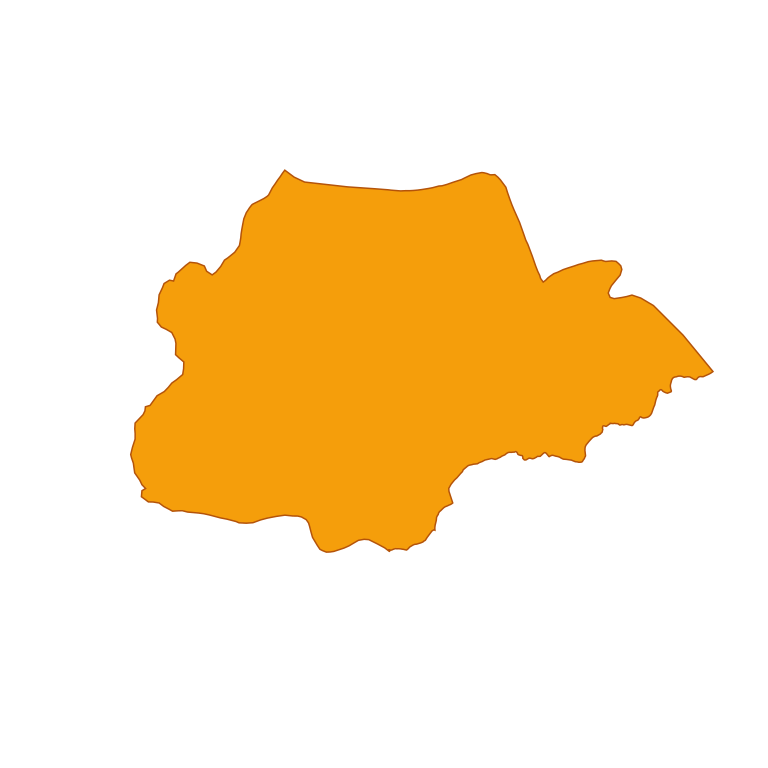 the district of Khoune, Xiangkhoang, Laos, rotated 314°
{"feature_id": "54806243B13600000049447", "entity_name": "Khoune", "entity_type": "district", "adm_level": 2, "iso_a3": "LAO", "parent_name": "Laos", "parent_adm1": "Xiangkhoang", "projection": "natural_earth1", "projection_center": [103.534, 19.269], "detail": "fine", "context": "isolated", "style": "filled", "palette": "amber", "viewbox_px": 768, "rotation_deg": 314, "n_neighbors": 0, "source": "geoboundaries", "source_scale": "gbopen_adm2", "svg_char_len": 6147}
<svg xmlns="http://www.w3.org/2000/svg" viewBox="0 0 768 768"><g transform="rotate(314 384 384)"><path d="M420.9,164.5L419.6,164.6L417.1,164.9L414.6,165.4L411.7,165.9L405.5,168.4L400.4,171.7L396.5,174.3L392.8,176.9L389.7,179.4L386.1,181.9L383.2,183.8L375.1,185.1L366.0,184.0L362.3,183.2L355.1,184.9L347.8,185.4L343.1,184.6L341.9,178.1L344.1,172.8L341.1,165.5L336.7,159.8L331.6,159.0L327.2,158.7L321.4,158.3L318.8,157.9L311.9,161.1L309.7,157.6L303.5,156.0L299.5,157.7L291.9,160.3L285.8,165.2L279.2,169.0L273.8,175.6L271.0,178.0L270.3,184.2L272.1,189.5L273.6,195.6L271.2,202.5L268.6,206.2L260.3,213.7L260.4,218.6L260.8,224.7L255.7,229.3L251.0,232.6L243.0,231.8L237.2,230.7L231.7,231.2L225.9,231.2L217.9,228.9L206.1,230.6L201.9,228.2L198.6,230.7L194.6,232.0L183.0,232.1L178.7,235.8L175.4,239.5L171.4,243.3L163.8,247.0L157.3,250.8L155.5,253.7L153.0,258.6L146.9,266.4L145.2,275.0L143.4,279.9L143.2,285.1L139.1,284.0L134.4,287.8L135.5,296.4L138.8,300.0L142.2,304.9L142.9,310.6L144.7,316.7L145.6,320.2L150.2,324.4L152.8,327.0L155.4,331.6L162.5,340.4L165.5,344.5L168.4,349.2L174.1,359.4L177.8,365.1L182.3,373.1L183.4,376.1L188.2,381.6L193.2,386.1L200.6,389.7L206.4,393.2L210.0,395.7L214.1,398.6L220.8,403.8L225.8,410.2L229.0,413.6L231.0,416.9L232.4,422.3L231.6,426.3L230.0,429.2L226.9,434.2L224.0,439.2L223.0,442.9L221.6,448.1L220.6,452.7L221.4,455.4L223.0,459.3L225.7,461.9L228.7,464.2L238.2,469.2L243.4,471.3L248.9,472.8L253.8,474.2L258.5,477.6L261.5,481.2L264.4,490.4L266.6,498.2L267.3,504.1L267.5,504.2L267.7,503.9L267.8,503.4L267.9,502.8L268.1,502.6L268.3,502.7L268.8,503.5L269.0,504.2L270.0,504.9L271.3,505.4L272.5,506.0L273.6,506.7L274.1,507.4L275.6,508.9L276.8,510.3L277.6,511.5L278.7,513.0L279.3,514.1L280.2,515.5L280.9,515.7L281.5,515.8L283.0,515.8L284.4,515.7L286.0,516.1L288.2,516.7L289.9,517.4L291.6,518.8L293.6,519.9L295.0,520.7L296.6,521.4L297.7,521.8L298.6,521.8L300.3,522.3L303.6,521.6L308.3,521.0L311.7,520.6L313.8,521.2L314.2,522.2L314.3,522.1L315.8,520.5L317.9,518.9L322.3,516.3L324.5,514.5L325.8,514.0L327.9,513.6L329.1,512.9L330.6,512.6L332.6,512.8L333.6,512.8L336.5,512.9L338.3,513.3L340.2,514.2L342.1,514.9L343.4,515.5L344.8,515.9L346.2,516.1L349.7,509.4L351.9,505.3L353.9,503.1L358.4,501.9L363.9,501.4L367.2,501.6L372.6,501.3L375.4,501.3L377.2,500.6L378.8,500.7L381.6,501.0L383.1,501.1L384.6,501.6L387.1,503.3L388.4,504.0L389.9,505.3L391.5,506.6L391.8,506.7L393.5,507.1L396.7,508.6L397.2,508.7L398.7,509.2L399.6,509.5L400.3,510.0L402.0,511.1L403.8,512.3L404.4,512.6L405.0,513.1L405.4,513.6L407.0,516.3L408.0,516.9L409.0,517.4L409.9,517.6L411.3,518.2L412.3,518.6L413.5,518.8L414.5,519.1L416.1,519.8L417.2,520.2L418.5,520.3L419.6,520.5L420.7,520.8L421.8,521.5L422.6,522.3L423.3,523.1L424.6,524.1L425.4,525.0L426.8,525.6L427.0,526.0L427.2,527.1L427.0,527.8L426.5,528.9L426.5,529.7L427.4,531.6L428.5,533.2L428.2,534.1L427.6,534.9L427.0,535.4L426.9,536.7L426.9,537.7L427.5,538.4L428.0,538.8L428.3,539.0L430.0,539.4L431.5,539.9L432.3,540.9L433.2,542.6L434.4,543.5L437.0,544.4L438.6,544.7L439.5,545.7L440.5,546.6L442.1,546.7L444.9,546.8L446.1,547.1L446.8,548.0L446.8,549.5L446.4,553.0L446.5,553.3L447.8,553.6L449.5,554.4L450.3,555.5L451.3,557.5L452.6,559.5L453.4,561.2L453.7,562.7L454.2,564.4L454.6,565.3L456.5,567.6L459.5,571.8L459.8,572.7L461.0,575.6L462.1,577.0L463.1,578.6L464.7,580.1L465.9,580.6L468.0,580.1L469.3,580.0L470.1,579.7L470.9,579.3L471.9,579.1L472.5,578.7L476.1,574.3L476.5,574.1L477.2,573.4L478.6,572.4L480.0,571.9L480.8,571.7L485.2,571.3L489.4,571.2L490.8,571.3L492.3,571.8L493.4,572.3L494.4,573.2L498.4,574.4L499.2,574.3L500.3,574.4L500.8,574.4L501.0,574.3L503.4,572.9L504.0,571.7L504.7,571.4L504.9,571.1L505.4,570.8L506.0,570.7L506.6,571.1L507.0,571.7L507.4,572.6L507.8,573.2L508.3,573.4L509.9,573.7L511.0,573.8L512.2,574.2L512.5,574.2L512.9,574.0L513.9,575.4L514.7,576.3L516.0,577.3L516.5,578.2L517.5,579.3L518.0,580.2L518.1,581.3L518.3,582.2L519.1,582.7L520.0,583.2L520.7,583.9L521.2,584.9L522.6,585.8L523.6,586.6L524.5,588.1L525.3,589.5L526.0,590.7L526.4,591.3L527.0,591.5L527.9,591.5L529.5,591.0L530.6,590.9L531.2,590.8L532.4,590.9L533.8,591.5L535.0,591.8L535.8,591.6L536.5,591.5L537.1,591.2L537.9,591.1L538.1,591.2L538.5,591.2L538.8,591.8L539.0,593.0L540.0,594.5L541.2,595.4L542.6,596.3L543.8,596.9L545.4,597.2L547.0,597.2L548.9,596.8L555.0,594.0L557.0,593.3L557.6,592.9L561.5,590.6L564.3,589.3L564.7,589.3L564.9,589.2L566.1,588.6L566.7,588.1L568.1,586.7L568.7,586.5L569.9,586.7L571.6,586.7L572.3,587.1L572.6,587.8L572.6,588.6L572.5,589.4L572.8,590.9L573.5,592.9L574.3,594.3L577.8,595.9L578.6,595.6L579.9,593.3L581.5,591.3L583.0,590.2L585.3,589.0L586.6,588.2L587.8,587.9L588.1,587.7L588.9,587.7L589.3,587.8L590.2,587.9L591.1,588.4L592.3,589.3L594.0,590.2L595.5,591.6L596.6,593.3L597.3,595.2L597.4,595.3L598.7,596.2L600.2,597.4L601.5,599.0L601.9,600.4L602.6,603.0L603.0,604.3L603.9,605.4L605.0,605.6L606.1,605.4L607.4,605.5L608.5,605.9L609.4,606.7L610.0,607.5L610.9,608.5L612.7,609.2L616.6,610.8L618.8,611.5L621.3,612.0L621.5,612.0L626.9,565.1L627.6,523.4L624.2,509.0L620.2,500.6L615.6,497.9L611.3,494.9L605.3,490.3L603.4,486.5L605.2,482.1L609.4,480.3L612.7,479.3L619.6,478.7L626.4,478.2L631.6,475.5L633.5,472.2L633.6,469.2L633.4,465.7L630.7,462.3L626.1,458.3L625.1,456.6L624.1,454.4L620.1,450.9L617.2,448.4L613.8,445.9L608.7,443.1L605.1,440.9L601.3,439.0L595.0,435.6L590.7,433.4L585.3,431.4L581.3,429.5L576.4,428.5L574.0,428.2L570.8,428.2L567.9,427.7L568.7,423.3L570.3,420.5L571.9,416.2L574.3,411.0L578.9,402.0L584.4,390.4L586.0,386.0L588.5,381.1L594.4,369.3L599.5,356.7L601.8,351.4L604.4,346.0L607.7,339.5L610.2,335.0L611.7,325.9L611.9,322.2L611.6,318.3L609.2,316.1L608.2,315.0L607.0,312.0L605.3,309.1L604.1,307.5L599.2,304.0L594.7,301.3L587.7,298.7L584.8,297.7L576.8,293.4L571.6,290.8L569.5,289.6L566.8,288.0L564.6,286.0L558.8,282.5L555.3,280.0L550.1,276.1L546.6,273.3L543.6,270.7L540.9,268.2L537.9,265.1L534.4,261.8L528.4,254.5L526.6,252.1L518.0,241.7L500.6,221.0L474.1,186.6L470.4,175.7L468.9,164.1L464.9,164.6L461.2,165.3L456.5,165.9L452.2,166.7L447.6,167.4L439.8,169.7L437.8,169.6L434.2,168.8L429.7,167.3L424.1,165.3L421.7,164.5L420.9,164.5Z" fill="#f59e0b" stroke="#b45309" stroke-width="1.5"/></g></svg>